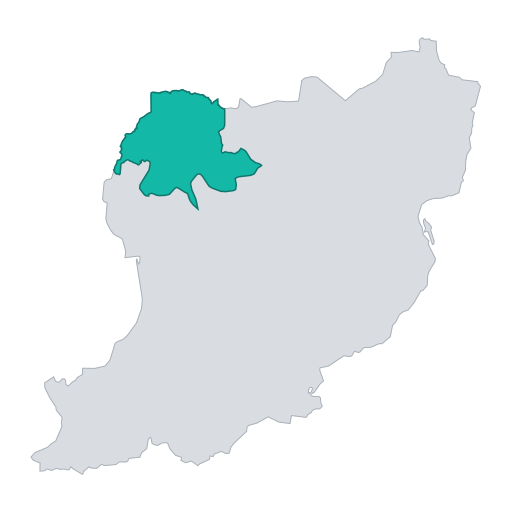 Razavi Khorasan highlighted on a map of Iran, rotated 271°
{"feature_id": "IRN-3245", "entity_name": "Razavi Khorasan", "entity_type": "Province", "adm_level": 1, "iso_a3": "IRN", "parent_name": "Iran", "parent_adm1": "", "projection": "albers", "projection_center": [59.461, 35.325], "detail": "fine", "context": "in_parent", "style": "filled", "palette": "teal", "viewbox_px": 512, "rotation_deg": 271, "n_neighbors": 0, "source": "natural_earth", "source_scale": "10m", "svg_char_len": 8523}
<svg xmlns="http://www.w3.org/2000/svg" viewBox="0 0 512 512"><g transform="rotate(271 256 256)"><path d="M252.0,125.0L258.3,125.7L270.1,122.3L271.2,121.4L275.0,113.7L279.2,110.3L286.2,106.4L290.8,105.2L306.4,106.3L307.7,103.1L310.3,101.6L327.3,102.9L329.8,105.5L330.7,110.0L344.8,114.3L347.7,115.7L351.1,119.1L354.0,120.0L357.7,118.6L359.9,119.6L363.7,118.7L374.7,123.7L376.2,128.8L378.2,131.1L380.6,133.2L389.5,137.1L392.1,139.4L398.6,148.7L416.5,148.3L417.6,150.3L417.5,154.3L418.9,163.8L417.5,167.4L419.9,170.4L419.7,176.4L420.7,180.6L418.7,186.4L416.7,187.6L417.9,192.7L416.1,197.6L416.4,199.5L413.6,203.7L413.4,205.3L408.2,209.3L412.1,214.9L406.3,215.4L402.6,221.5L403.7,228.7L402.8,232.5L403.4,234.6L404.9,236.0L412.9,237.3L413.1,238.3L404.7,248.9L405.2,253.0L411.5,274.3L410.7,284.9L411.6,295.8L432.2,298.7L434.6,301.4L436.2,307.5L436.2,312.0L435.6,314.4L412.8,342.6L424.9,356.3L425.5,359.3L432.9,372.7L439.8,379.5L451.7,382.9L457.2,387.9L462.1,387.5L461.9,394.3L464.2,408.6L462.9,415.3L467.1,416.5L473.5,415.3L475.9,416.4L477.2,418.7L475.6,420.1L476.1,425.8L474.5,427.0L473.9,432.4L464.3,432.9L455.4,435.5L452.2,437.6L450.4,441.4L447.5,441.2L446.6,442.6L440.2,445.4L438.2,456.3L435.8,459.0L434.2,474.5L432.8,474.7L429.7,477.5L409.9,472.7L407.9,469.0L405.8,468.3L403.0,471.9L393.1,469.9L389.8,470.6L387.7,469.5L382.4,469.4L378.2,467.2L367.5,469.0L361.0,465.1L354.0,464.0L345.4,463.9L338.5,461.0L334.8,462.0L333.2,460.0L322.8,457.9L319.6,450.8L319.6,447.4L317.2,441.3L316.6,432.5L314.4,426.1L310.2,420.7L298.5,417.3L292.4,418.7L287.7,421.5L280.2,423.0L274.1,428.6L270.8,428.0L256.6,435.4L253.6,435.1L243.6,429.3L239.1,428.0L229.7,427.7L224.8,423.8L223.6,421.1L211.8,414.7L204.7,409.1L202.8,404.1L199.8,400.4L192.7,397.0L188.8,393.7L177.7,391.7L170.4,383.5L170.6,381.0L166.7,372.3L166.4,366.1L165.5,364.5L161.8,361.6L161.3,359.9L162.5,356.2L157.7,353.4L157.1,351.4L157.7,345.5L147.1,330.2L145.4,322.1L143.3,321.6L132.2,325.7L129.4,322.5L120.6,316.5L119.5,314.4L121.9,313.8L124.1,314.9L125.7,314.0L125.3,312.2L123.1,310.9L119.9,310.7L120.6,312.4L117.5,313.6L116.6,315.5L116.7,321.4L115.3,322.9L110.3,323.4L107.0,324.9L104.4,322.5L104.1,318.1L102.7,315.1L100.2,313.8L98.6,310.9L95.5,309.1L97.1,294.3L89.0,292.9L90.4,281.6L95.4,270.9L88.9,259.8L86.5,251.7L84.6,250.0L80.6,249.7L68.7,237.6L64.5,234.3L58.3,232.6L58.0,228.9L60.1,225.0L57.9,219.3L57.2,217.7L54.7,216.7L55.3,213.4L51.9,213.1L47.0,203.1L45.4,201.5L49.8,195.1L48.1,189.1L50.3,184.5L53.4,185.2L55.3,179.0L61.8,173.2L67.1,171.1L67.9,169.2L67.4,165.5L64.8,160.7L65.8,157.0L67.0,155.3L72.5,154.0L72.8,153.2L70.6,151.5L61.6,150.2L57.3,145.1L52.8,143.4L51.5,133.3L50.8,132.1L48.7,131.4L47.7,129.4L47.8,122.9L45.1,119.6L43.9,109.7L44.1,107.3L45.2,105.4L40.9,100.5L41.2,94.1L42.4,92.8L37.4,87.3L34.9,86.7L34.8,85.9L40.1,76.7L42.0,74.6L38.8,72.7L39.6,67.8L39.3,63.6L40.2,59.8L38.4,56.7L38.1,54.9L39.5,50.8L37.6,48.4L37.1,43.7L45.3,43.7L47.8,37.0L51.1,34.5L55.7,38.6L61.1,50.9L64.9,54.8L67.6,59.0L82.3,65.0L85.7,64.2L91.0,65.1L98.4,59.0L101.6,58.5L110.1,52.6L120.4,47.3L125.5,46.9L131.7,55.8L127.3,57.8L126.4,59.8L126.6,61.8L129.7,64.2L129.8,66.6L128.6,67.6L124.2,68.3L122.7,70.5L126.9,74.7L128.8,78.1L131.2,79.2L134.6,84.6L140.8,84.6L140.8,96.7L143.3,106.9L149.4,111.8L166.3,116.7L168.0,118.8L170.3,124.5L174.4,128.8L187.1,137.7L201.5,142.5L211.3,143.1L248.0,136.6L251.4,136.8L245.9,138.7L247.9,139.8L252.5,140.1L253.6,139.2L253.8,137.8L252.0,125.0ZM294.0,425.0L291.4,428.4L287.7,431.1L285.0,430.1L273.9,433.9L271.0,433.5L270.6,432.2L282.9,427.8L283.5,426.5L282.9,423.9L286.7,425.1L291.1,423.2L294.7,422.7L296.3,424.2L294.0,425.0Z" fill="#d9dde1" stroke="#a8b0b8" stroke-width="1"/><path d="M339.3,112.3L339.7,112.2L339.9,112.3L340.1,112.4L340.3,112.9L340.4,113.1L340.8,113.2L341.1,113.2L341.5,113.1L341.9,113.1L342.7,113.3L346.2,115.1L347.7,115.4L348.4,115.5L348.8,115.6L349.2,115.8L349.3,116.0L349.3,116.4L349.3,116.6L349.7,117.3L349.7,117.5L349.8,118.0L349.8,118.4L349.9,118.7L350.3,119.1L350.7,119.2L352.4,119.5L352.7,119.7L353.3,120.1L353.6,120.2L355.7,120.0L356.1,119.8L356.4,119.3L356.6,118.9L356.9,118.5L357.2,118.2L357.7,118.2L358.0,118.4L359.2,119.4L360.1,119.8L360.7,119.9L361.2,119.8L361.4,119.7L361.5,119.5L361.7,119.4L361.9,119.4L362.4,119.5L362.6,119.5L362.9,119.4L363.2,119.0L363.2,118.6L363.4,118.4L364.7,119.2L366.5,119.6L367.4,120.0L367.7,120.3L368.0,120.4L368.7,120.5L368.9,120.6L369.6,121.4L372.7,123.6L373.2,123.6L374.4,123.0L375.0,123.2L375.4,123.6L375.9,124.2L376.0,124.6L375.9,125.2L376.0,125.5L376.1,125.8L376.0,126.0L375.9,126.3L375.8,126.6L375.8,127.2L376.3,129.2L376.5,129.6L378.0,130.8L378.4,131.3L378.5,131.5L378.4,131.7L378.4,131.8L378.4,132.0L378.4,132.4L378.7,132.5L378.9,132.7L379.1,132.8L379.3,132.9L380.2,132.6L380.5,132.7L380.9,133.1L381.1,133.6L381.2,134.1L381.3,134.6L381.6,134.8L381.8,134.8L382.0,134.6L382.3,134.2L382.5,134.1L386.0,135.1L387.5,136.4L388.4,136.9L390.2,137.2L391.1,137.6L391.8,138.5L392.7,140.3L393.7,141.9L396.2,144.9L396.7,145.7L397.4,147.4L397.8,148.3L398.6,148.7L402.2,148.6L405.5,148.5L410.4,148.3L413.1,148.2L415.4,148.2L416.6,148.3L417.5,148.5L417.7,149.4L417.9,149.9L418.0,150.1L418.1,150.5L418.0,150.8L417.9,151.2L417.8,151.4L417.7,151.7L417.6,152.0L417.6,152.3L417.8,152.7L417.3,155.0L417.2,156.5L417.6,157.3L417.5,157.5L417.4,157.7L417.6,157.8L417.8,157.9L418.0,158.1L418.2,158.5L418.2,158.8L418.2,159.5L418.3,159.8L418.6,160.3L419.0,162.1L419.1,163.0L419.1,163.3L418.9,163.6L418.7,163.8L418.7,164.1L418.6,164.4L418.6,164.6L418.6,164.9L418.4,165.1L418.1,165.2L418.0,165.3L417.9,165.7L418.0,166.2L418.0,166.5L417.7,166.8L417.3,167.2L417.0,167.5L417.3,167.7L417.9,167.8L418.4,168.0L418.8,168.4L419.2,168.8L419.4,169.2L419.6,169.7L419.8,170.2L419.9,171.2L420.0,171.7L420.0,172.1L419.9,172.8L420.0,173.0L420.1,173.3L419.9,173.9L419.9,174.1L419.9,174.6L419.9,174.8L419.5,175.1L419.5,175.3L419.5,176.1L419.9,176.7L420.4,177.6L420.6,177.8L420.9,179.0L421.0,179.6L420.8,180.2L420.5,180.7L420.0,181.4L419.7,182.0L419.6,182.9L419.4,183.2L418.9,183.8L418.8,184.2L418.7,184.7L418.9,186.2L418.7,186.7L418.2,187.0L417.7,187.1L417.2,187.1L416.8,187.4L416.7,188.0L416.7,188.6L416.7,188.9L416.9,189.0L417.0,189.3L417.0,189.6L416.7,189.7L416.6,189.8L416.7,190.1L417.6,191.2L417.7,191.4L417.6,191.7L417.6,191.9L417.6,192.2L417.8,192.4L417.3,193.2L417.1,193.6L417.0,194.8L416.7,195.9L416.6,196.5L416.5,196.8L416.2,197.3L416.2,197.7L416.2,197.9L416.3,198.5L416.2,199.7L416.1,200.7L415.3,200.9L415.2,201.4L414.8,202.3L414.0,202.8L413.6,203.4L413.6,204.0L413.7,204.8L413.6,205.5L413.4,205.8L413.1,205.9L412.8,205.9L412.5,205.9L412.1,206.1L412.0,206.3L411.9,206.5L410.8,207.8L410.4,208.1L409.8,208.3L408.5,208.4L407.9,208.8L407.6,209.4L407.8,209.4L408.0,209.5L408.4,210.4L408.6,210.6L409.2,210.8L409.5,211.1L409.7,211.4L410.1,212.2L411.9,214.4L412.2,215.0L410.4,215.1L408.0,215.3L406.3,215.4L406.5,216.0L406.1,216.4L405.0,217.0L404.2,217.9L403.5,218.9L402.8,220.2L402.7,221.5L402.7,221.9L400.9,222.2L386.1,222.4L383.0,221.3L380.7,217.5L379.4,216.4L376.9,217.3L374.7,218.6L367.7,219.6L367.0,220.3L366.3,220.8L363.9,220.0L360.1,219.5L358.9,220.0L358.5,220.8L358.6,221.6L359.6,223.1L359.3,225.0L358.8,227.1L359.0,228.4L358.9,229.5L358.3,231.0L358.0,232.6L358.1,233.8L358.7,234.5L359.3,234.9L359.5,235.6L359.7,236.4L363.3,239.1L362.6,240.4L362.4,241.2L361.2,243.1L360.2,244.2L352.6,249.1L349.2,254.1L348.3,257.5L347.3,259.3L346.7,260.0L346.1,259.5L344.1,256.4L342.1,255.1L340.6,254.4L340.0,253.9L338.0,252.7L336.5,249.1L334.9,237.0L334.0,235.2L333.0,233.8L326.9,235.1L322.2,234.5L321.1,232.7L319.8,224.4L320.1,219.5L323.3,210.6L325.0,207.8L334.5,201.3L336.8,199.1L337.1,197.3L336.4,195.5L329.6,190.1L327.0,189.3L321.1,190.7L311.7,194.9L302.0,197.1L305.9,192.6L309.0,189.9L311.7,188.4L316.7,186.7L317.5,186.1L318.5,183.8L322.7,176.9L323.1,175.0L321.7,173.2L316.3,168.5L315.7,166.9L315.0,163.4L314.7,158.0L315.2,154.9L316.2,153.1L316.8,150.5L316.3,148.2L315.4,147.6L314.7,147.6L314.2,147.7L314.3,146.9L314.2,145.9L314.4,144.6L315.8,142.9L321.4,138.5L325.1,138.8L340.1,147.6L346.4,148.6L348.2,148.2L349.0,147.4L349.8,145.2L349.7,144.3L348.8,143.8L348.5,143.3L348.7,142.5L350.1,141.1L350.0,140.4L349.3,140.1L348.8,139.3L348.6,138.6L348.3,138.7L348.0,139.6L347.4,139.7L347.0,138.9L346.3,138.2L345.2,137.4L345.1,136.4L346.1,135.2L347.5,131.2L348.3,130.1L348.6,129.2L348.6,128.6L348.8,128.1L349.4,127.4L350.0,126.5L349.8,125.3L349.2,124.1L347.2,122.1L346.7,120.9L346.4,119.9L346.0,119.4L335.8,118.7L335.0,118.1L335.4,117.1L335.6,116.0L335.6,114.8L336.5,113.9L339.3,112.3Z" fill="#14b8a6" stroke="#0f766e" stroke-width="1.5"/></g></svg>